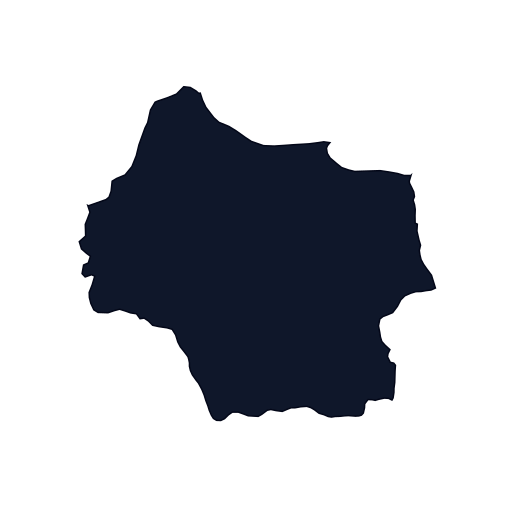 the district of Lubok Antu, Sarawak, Malaysia, rotated 73°
{"feature_id": "92858781B44551979255249", "entity_name": "Lubok Antu", "entity_type": "district", "adm_level": 2, "iso_a3": "MYS", "parent_name": "Malaysia", "parent_adm1": "Sarawak", "projection": "natural_earth1", "projection_center": [111.911, 1.298], "detail": "fine", "context": "isolated", "style": "filled", "palette": "ink", "viewbox_px": 512, "rotation_deg": 73, "n_neighbors": 0, "source": "geoboundaries", "source_scale": "gbopen_adm2", "svg_char_len": 2553}
<svg xmlns="http://www.w3.org/2000/svg" viewBox="0 0 512 512"><g transform="rotate(73 256 256)"><path d="M158.5,402.1L165.6,402.0L171.2,406.3L175.8,410.0L181.0,411.4L187.1,413.1L190.6,420.8L198.2,420.8L203.7,417.4L207.8,414.4L213.6,418.4L214.2,423.5L222.0,427.5L226.1,425.5L225.8,418.8L228.1,416.1L235.7,421.1L242.1,426.2L247.0,427.5L253.1,427.8L260.1,426.8L263.8,423.5L267.0,414.1L266.8,407.3L267.0,402.0L270.5,396.9L273.7,392.6L276.3,387.2L282.1,385.2L282.7,381.1L286.8,377.8L292.0,375.1L295.2,369.4L298.7,362.0L301.6,357.6L308.0,355.9L315.3,355.9L320.8,354.9L326.6,352.6L332.4,350.5L335.0,350.5L338.8,350.9L342.0,351.9L346.4,352.2L351.0,351.6L357.4,349.5L360.6,348.2L367.6,346.8L373.7,346.2L379.8,346.2L385.3,345.8L389.9,345.8L395.2,345.2L398.9,344.2L401.6,341.8L403.0,337.8L402.4,333.7L399.8,328.7L398.4,324.3L400.1,318.6L403.6,313.9L406.5,310.2L410.0,300.8L409.1,296.8L406.8,290.4L407.1,286.7L409.7,282.0L412.3,276.3L411.7,270.9L411.4,266.9L412.6,262.8L413.2,257.5L414.6,251.4L417.2,247.7L420.2,245.0L424.8,241.7L427.7,237.3L430.6,233.9L432.1,230.9L432.6,227.2L433.8,222.8L434.7,218.1L435.6,214.4L438.2,207.7L439.0,204.4L439.0,201.7L437.6,199.3L432.9,196.6L429.2,195.3L426.0,190.9L427.4,186.9L428.9,184.2L428.9,180.8L429.4,174.8L430.9,170.8L433.5,168.1L431.8,166.4L426.8,164.0L422.8,162.7L417.5,160.3L406.5,156.6L401.3,154.6L398.7,155.6L396.9,158.7L390.8,159.7L387.9,158.3L384.7,155.3L378.9,158.7L374.5,160.7L369.9,160.7L365.2,160.0L358.6,159.3L352.5,156.0L351.0,152.3L350.7,147.6L350.1,141.9L345.5,135.5L340.3,130.4L337.6,125.4L336.8,119.0L336.8,113.6L338.2,108.6L338.8,103.6L339.7,98.5L339.1,93.8L331.0,93.8L325.7,93.8L318.2,96.5L312.9,98.2L307.7,99.2L302.8,98.9L298.4,98.2L293.8,95.5L288.8,95.5L279.2,94.8L272.7,92.4L271.1,94.2L263.8,92.1L258.0,90.1L253.4,89.4L248.4,89.4L245.5,87.1L240.9,86.4L236.0,87.1L231.3,87.9L229.3,87.6L224.2,84.2L224.3,84.4L222.3,90.8L218.5,96.5L214.7,103.9L210.7,112.3L208.4,120.7L204.0,136.9L200.8,142.3L196.4,148.3L191.1,151.9L183.9,156.5L178.7,157.8L173.5,157.1L171.4,155.4L169.2,152.2L166.6,157.8L165.7,164.0L164.2,172.6L162.7,178.8L160.6,187.4L158.4,197.1L156.2,206.4L152.7,216.5L145.0,227.0L139.3,231.7L130.3,238.6L124.2,244.0L117.3,252.4L111.2,256.0L99.1,260.5L91.3,261.6L83.9,261.7L83.7,263.2L80.5,265.2L75.6,269.6L73.0,275.6L75.0,279.3L77.9,284.7L78.8,295.1L79.1,305.2L79.4,307.5L85.5,314.2L96.8,320.6L101.1,324.7L115.4,335.4L125.0,341.1L134.2,348.5L140.2,357.5L141.1,366.6L142.4,371.7L151.7,375.6L156.7,379.3L158.2,382.9L159.0,401.6L158.5,402.1Z" fill="#0f172a" stroke="#020617" stroke-width="1.5"/></g></svg>